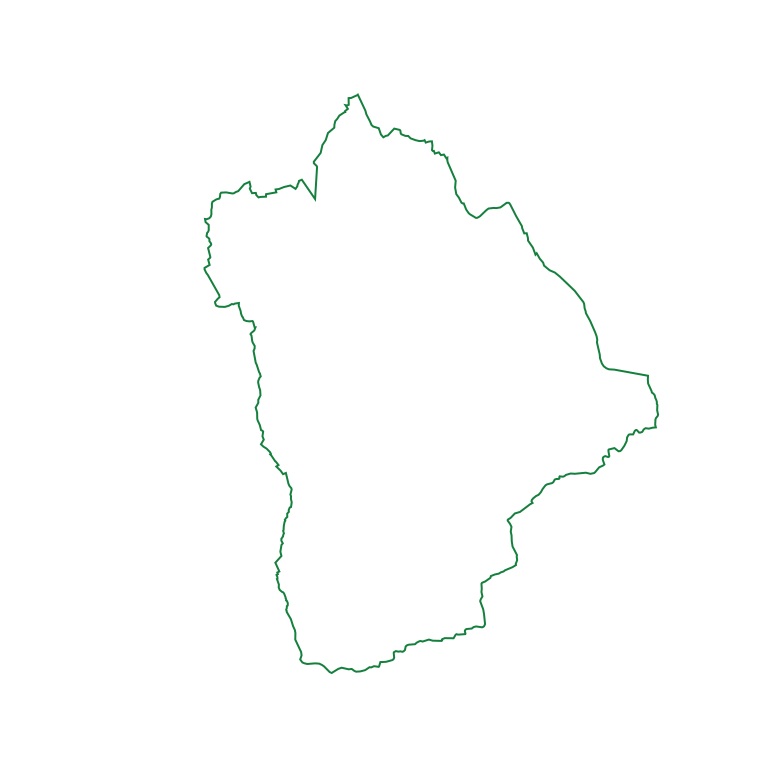 the district of Huai Krachao, Kanchanaburi, Thailand, rotated 236°
{"feature_id": "78962969B62176303506546", "entity_name": "Huai Krachao", "entity_type": "district", "adm_level": 2, "iso_a3": "THA", "parent_name": "Thailand", "parent_adm1": "Kanchanaburi", "projection": "orthographic", "projection_center": [99.704, 14.351], "detail": "fine", "context": "isolated", "style": "outline", "palette": "green", "viewbox_px": 768, "rotation_deg": 236, "n_neighbors": 0, "source": "geoboundaries", "source_scale": "gbopen_adm2", "svg_char_len": 6166}
<svg xmlns="http://www.w3.org/2000/svg" viewBox="0 0 768 768"><g transform="rotate(236 384 384)"><path d="M196.0,585.1L198.5,586.0L202.8,589.2L203.7,590.5L204.4,592.9L205.3,594.1L209.4,595.7L213.7,598.9L215.0,599.1L216.6,600.2L218.5,600.8L220.6,601.1L223.3,602.1L225.3,602.0L227.1,601.3L228.7,601.9L236.6,603.2L240.0,605.1L243.2,607.5L267.1,583.0L270.4,578.7L272.6,577.2L275.7,576.1L279.1,576.1L284.6,577.5L287.7,579.3L299.4,583.8L301.5,585.6L304.9,587.0L309.0,588.0L321.0,590.2L329.8,591.0L331.7,591.9L334.4,592.6L338.5,594.7L340.3,595.1L354.6,594.2L374.5,589.9L380.8,588.0L385.7,584.9L392.6,582.9L395.7,583.8L400.8,583.2L407.0,583.7L406.5,581.9L413.8,583.7L422.3,583.6L424.4,584.9L429.2,586.6L430.4,584.5L435.9,585.7L437.7,586.6L449.1,587.4L462.0,589.0L463.9,589.0L464.6,588.6L465.6,587.1L465.3,579.3L467.0,575.5L468.7,573.3L471.0,568.8L470.9,566.2L469.4,557.3L469.6,554.3L470.3,553.1L476.8,550.1L478.5,549.7L482.7,549.7L489.1,551.1L489.7,550.2L491.0,549.6L496.7,550.3L501.0,550.1L507.1,552.8L512.4,557.1L532.2,560.8L533.9,561.5L536.1,563.0L536.1,561.9L540.7,562.0L541.9,559.2L545.4,559.0L546.6,555.0L549.4,555.7L549.8,554.8L551.1,554.6L554.4,557.4L558.4,559.4L559.8,557.0L560.8,553.6L563.5,554.0L563.6,552.8L565.5,549.3L568.5,546.5L572.8,543.4L576.0,542.8L577.8,540.4L581.4,538.0L582.6,538.1L584.8,539.2L585.9,539.1L590.0,535.3L587.9,526.2L588.7,524.2L588.9,521.4L592.6,521.0L599.0,522.7L603.5,519.0L605.9,518.5L609.2,519.2L617.5,520.2L620.9,521.4L638.5,524.1L638.4,523.4L639.5,516.8L640.8,514.5L635.2,510.9L635.5,509.2L636.7,508.0L632.3,507.9L632.0,504.3L631.1,503.9L631.4,503.2L631.5,497.1L629.9,493.4L629.2,490.6L626.8,488.0L624.3,486.1L623.4,477.9L618.8,472.1L616.5,466.5L611.0,460.7L607.5,450.1L606.2,449.3L602.4,450.1L601.4,449.9L575.9,430.3L599.3,430.1L599.9,427.1L598.9,426.1L597.4,423.6L596.4,422.7L595.2,419.8L600.9,417.4L603.2,411.3L604.4,405.9L605.9,402.9L603.1,401.9L607.3,392.4L605.3,390.9L608.1,386.3L608.9,384.3L612.1,383.8L614.1,384.6L616.0,381.3L621.0,382.0L622.3,383.8L626.8,385.5L627.8,379.9L625.4,371.0L626.0,368.6L626.1,366.1L626.7,364.9L631.1,360.3L633.7,356.0L633.2,354.6L630.8,352.6L629.8,351.1L630.8,348.3L631.0,343.7L629.8,342.2L626.7,340.1L625.0,338.3L621.2,335.8L619.7,334.1L619.1,331.8L619.8,329.1L620.9,327.9L617.9,326.6L614.0,327.7L609.4,324.6L608.5,323.2L608.2,321.9L605.9,319.6L605.0,319.5L603.3,320.2L601.8,320.3L600.0,319.1L597.4,319.2L596.2,318.7L595.8,317.9L595.1,314.2L586.3,311.0L585.9,310.5L585.5,307.8L580.2,306.0L580.6,300.2L579.6,299.4L575.8,298.8L572.8,298.9L549.8,297.1L547.9,296.2L547.6,293.8L546.5,289.8L545.3,289.2L542.8,288.7L540.4,290.4L536.9,295.2L535.6,299.2L535.4,302.5L534.2,303.8L534.1,305.2L532.3,309.0L530.0,307.3L524.8,306.0L522.2,304.8L519.2,304.1L518.4,304.3L515.3,303.7L513.1,305.2L511.2,307.4L509.7,310.2L508.9,310.3L503.2,308.4L502.8,309.1L500.9,306.4L500.5,302.5L500.0,301.2L498.2,301.2L493.4,298.8L491.6,298.3L487.9,298.1L485.8,296.6L484.3,294.3L473.2,289.5L471.4,289.3L463.7,287.1L462.0,287.0L459.2,286.0L458.7,284.2L456.9,281.5L455.6,280.5L451.2,278.7L448.2,277.9L443.6,275.2L441.2,270.9L438.7,269.3L436.2,264.4L431.4,262.9L426.1,259.5L424.5,258.9L419.5,258.1L414.5,256.3L413.2,257.1L412.1,257.2L408.6,254.0L405.1,253.2L402.8,248.3L399.5,249.0L396.2,250.5L391.4,251.4L389.4,251.2L389.3,250.3L388.0,250.6L380.6,250.6L380.3,250.9L375.8,251.2L375.8,248.6L369.9,249.8L365.7,249.9L365.1,252.9L354.7,249.0L352.4,248.6L349.5,248.9L348.1,248.4L344.7,244.6L343.0,244.2L341.0,242.7L337.5,241.3L334.5,238.6L334.0,238.1L334.3,236.8L332.8,234.5L331.2,233.6L330.7,231.3L327.8,229.4L327.6,227.7L326.8,225.8L325.8,225.7L325.3,224.5L322.4,221.6L319.0,219.0L318.7,218.3L316.1,217.5L315.5,216.4L314.1,215.0L313.1,212.4L311.5,211.3L308.5,211.0L307.9,209.0L302.9,204.3L298.8,202.8L296.6,194.0L287.1,192.4L287.4,190.1L285.7,189.7L285.8,188.1L283.6,187.7L282.1,186.8L282.2,186.2L276.5,184.7L274.1,182.9L271.6,182.4L268.7,183.2L267.7,183.9L266.1,184.0L262.1,183.1L261.4,182.6L260.2,182.5L259.3,181.8L258.3,182.2L256.1,181.7L254.2,180.3L254.2,179.3L252.5,178.0L251.5,176.6L250.1,176.4L249.6,175.9L241.1,175.3L234.0,173.2L229.8,172.5L227.1,171.3L221.7,167.5L208.1,165.4L205.1,163.9L202.5,160.5L198.9,160.6L197.1,161.7L194.8,163.8L190.9,170.7L188.4,173.9L185.7,175.5L183.4,176.4L175.5,177.9L173.7,179.0L173.4,186.7L172.5,190.2L167.2,195.2L165.8,197.9L162.7,199.0L161.1,200.0L159.0,203.6L157.3,208.4L157.3,213.6L156.2,214.9L155.6,218.0L152.5,221.4L152.6,222.0L155.5,225.5L152.5,230.4L150.4,236.7L150.7,238.4L151.6,239.5L155.5,241.6L156.1,242.2L155.9,244.5L154.1,246.2L153.1,248.2L151.7,249.5L151.4,250.6L151.8,252.7L154.3,255.2L154.5,257.1L154.1,258.6L150.9,264.3L151.3,266.3L150.9,269.6L150.4,270.7L148.9,272.0L147.0,278.3L144.0,280.8L138.8,288.1L138.9,288.8L139.7,289.1L139.9,289.6L139.3,292.3L134.3,299.5L136.0,303.0L136.1,304.1L134.7,305.4L131.2,311.5L131.6,312.0L133.7,312.7L134.4,313.3L134.8,314.5L134.6,315.6L132.2,320.0L132.4,322.3L131.5,324.8L127.4,329.3L127.2,330.5L127.2,331.5L128.4,333.5L137.4,338.3L141.6,340.2L150.2,342.3L151.4,343.8L152.8,346.8L157.1,348.5L159.5,350.5L163.9,353.1L164.4,354.1L163.7,357.3L163.8,363.8L165.0,365.2L164.1,369.4L162.6,373.1L162.5,375.6L161.7,378.4L161.9,380.1L160.3,388.1L160.1,392.2L161.2,392.6L163.5,395.9L166.7,397.5L167.9,398.6L177.4,399.7L182.2,402.0L187.2,405.1L190.7,406.5L194.3,409.8L197.7,410.3L201.5,410.1L202.3,410.8L202.2,414.1L203.5,420.1L201.9,425.2L202.6,437.8L202.3,440.6L204.3,440.7L205.2,441.7L205.8,443.9L206.1,447.3L205.7,450.2L206.6,453.6L208.2,456.7L209.7,461.2L209.6,463.2L207.9,467.8L207.9,469.4L209.3,472.1L208.9,473.7L207.5,475.9L207.7,476.7L208.8,477.3L209.2,478.0L207.1,480.5L206.7,482.0L206.9,484.0L205.4,488.7L202.8,492.1L197.6,501.7L194.1,504.9L192.7,508.3L192.8,509.7L194.6,515.8L193.9,519.9L194.0,521.7L198.8,523.0L200.3,524.1L200.8,525.2L200.5,527.1L198.1,529.0L197.9,529.8L198.3,530.5L202.8,532.5L203.8,533.2L204.0,533.8L202.0,539.2L197.1,540.8L196.4,542.2L196.4,543.6L198.3,548.6L201.0,553.3L203.8,555.7L205.1,558.5L204.8,559.6L202.9,562.4L204.9,565.7L205.0,566.9L204.7,567.6L204.0,567.9L201.1,568.3L200.3,569.5L199.9,571.4L201.1,573.9L201.1,576.1L198.9,578.6L197.5,582.4L196.0,585.1Z" fill="none" stroke="#15803d" stroke-width="2"/></g></svg>